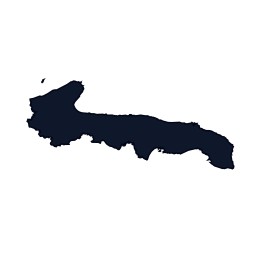 outline of Puglia, Bari, Italy, rotated 339°
{"feature_id": "23120603B69806914684511", "entity_name": "Puglia", "entity_type": "district", "adm_level": 2, "iso_a3": "ITA", "parent_name": "Italy", "parent_adm1": "Bari", "projection": "natural_earth1", "projection_center": [17.16, 41.008], "detail": "fine", "context": "isolated", "style": "filled", "palette": "ink", "viewbox_px": 256, "rotation_deg": 339, "n_neighbors": 0, "source": "geoboundaries", "source_scale": "gbopen_adm2", "svg_char_len": 5828}
<svg xmlns="http://www.w3.org/2000/svg" viewBox="0 0 256 256"><g transform="rotate(339 128 128)"><path d="M37.9,92.3L40.8,95.0L41.2,96.5L41.8,96.3L42.0,97.1L44.7,98.0L44.8,98.6L44.2,98.8L44.0,99.5L44.6,100.5L43.6,100.7L42.5,101.7L43.2,104.3L46.2,105.2L46.0,106.2L46.6,106.8L46.5,107.2L47.1,107.6L49.7,107.2L49.7,107.7L50.5,107.9L50.7,108.6L52.2,108.2L53.6,109.6L53.8,110.2L52.0,110.5L52.0,111.2L52.9,112.9L50.9,113.9L50.1,114.8L50.1,115.7L50.7,116.5L51.6,116.7L52.5,118.1L52.9,118.2L52.9,118.8L54.4,119.7L55.5,118.9L57.4,119.5L58.2,120.2L59.7,118.7L60.5,119.5L61.2,119.4L62.2,120.6L63.8,120.6L64.2,121.0L67.1,122.0L67.0,121.0L69.0,119.4L71.0,119.2L72.4,119.8L73.4,119.7L73.6,120.1L74.7,120.1L77.4,119.2L78.7,120.3L80.2,119.8L80.5,119.0L80.2,118.5L81.8,118.0L81.9,117.3L82.5,117.7L82.9,117.0L83.6,117.2L83.9,116.6L84.3,116.6L85.1,117.7L85.5,117.5L86.5,118.5L88.1,118.5L88.5,119.2L88.2,119.6L89.3,119.6L89.6,119.9L89.4,120.4L90.5,122.1L90.9,121.8L91.8,122.2L92.6,123.3L92.6,123.8L91.9,124.1L92.1,125.7L91.9,126.2L90.9,127.4L89.1,127.4L89.3,128.3L95.2,130.7L96.7,132.2L97.3,131.6L97.5,130.8L98.8,130.2L100.8,130.9L101.4,131.5L102.3,135.0L103.6,137.0L104.7,138.4L106.6,139.5L108.3,141.7L109.9,142.5L111.2,144.6L112.2,144.8L113.3,144.1L115.0,142.5L116.1,140.9L116.7,141.8L117.2,141.9L117.0,142.7L118.0,143.3L118.3,143.2L117.8,142.8L118.1,142.3L117.6,142.0L117.9,141.5L118.8,141.2L119.3,142.3L119.5,142.5L119.7,142.1L119.7,142.5L120.0,142.2L119.5,141.1L120.1,140.8L120.9,141.5L122.8,141.4L123.2,141.6L123.1,142.1L123.9,142.1L123.9,142.5L124.3,142.5L124.4,141.7L124.9,142.4L127.6,144.0L126.7,144.5L126.5,144.2L126.1,144.7L126.9,145.6L127.7,145.6L126.8,149.2L126.9,150.3L127.7,151.2L126.9,151.8L127.2,152.3L126.5,154.2L127.5,155.5L127.1,156.2L128.2,157.2L127.3,159.0L128.5,160.0L129.0,159.6L129.1,160.1L130.4,160.4L130.5,160.0L131.5,160.5L131.9,162.0L133.2,163.5L133.7,163.5L134.0,164.1L134.3,163.8L134.8,164.3L137.6,160.9L141.4,158.1L145.1,156.6L147.4,156.5L149.2,157.1L149.0,158.1L150.0,157.3L149.6,158.0L150.1,157.7L150.7,158.4L150.9,158.2L150.8,159.1L151.4,159.1L151.6,159.5L151.5,159.2L151.8,159.4L151.8,159.1L152.7,159.4L152.7,159.1L153.2,159.0L153.1,159.3L154.3,160.2L154.5,161.1L154.3,161.2L154.7,161.5L154.3,161.4L154.2,162.0L153.5,162.6L152.3,162.8L152.1,163.6L153.1,163.6L155.8,165.1L156.0,165.5L156.9,165.5L157.6,166.3L159.9,166.9L161.9,168.5L164.3,168.7L165.1,169.5L167.0,170.0L167.7,170.9L176.5,170.3L183.5,171.3L184.7,171.9L185.1,171.5L185.8,171.7L186.2,172.4L187.0,172.6L187.3,173.5L187.6,173.2L188.2,173.6L188.2,174.4L187.6,173.8L189.2,175.6L188.7,177.0L189.1,178.1L190.9,179.7L191.1,180.4L191.7,180.4L191.9,181.0L192.3,180.9L193.5,182.9L193.6,184.4L193.1,185.6L191.5,186.4L192.9,186.6L193.9,187.8L194.0,188.9L193.8,189.7L193.3,190.2L192.6,189.9L193.6,191.8L194.3,192.3L194.5,193.2L195.5,194.5L201.8,199.6L202.4,199.6L203.6,200.4L206.9,200.6L209.2,202.2L209.8,202.3L210.8,203.4L211.6,202.9L211.4,203.2L212.0,203.2L213.1,201.5L212.8,200.1L213.6,197.0L213.1,195.8L214.3,190.5L214.8,189.8L215.2,190.0L215.4,188.3L217.4,187.0L217.8,184.7L218.0,184.8L219.7,183.0L219.0,181.8L219.5,181.2L218.8,180.4L218.0,180.4L218.2,179.9L217.2,177.8L216.8,177.5L216.5,176.4L216.8,175.3L215.6,173.3L215.6,172.6L215.0,172.3L215.1,171.7L214.6,170.9L212.7,169.7L211.4,167.7L209.1,165.9L208.6,165.2L208.6,164.7L207.2,163.7L204.9,161.0L203.2,159.8L199.4,158.2L198.8,157.3L197.0,156.0L196.9,155.3L195.1,154.0L194.7,153.1L195.2,151.5L193.7,149.7L193.6,148.9L194.0,148.6L192.8,148.2L191.9,148.1L192.3,148.3L192.0,148.5L191.5,148.0L191.4,148.4L190.5,148.4L190.5,148.9L190.3,149.2L190.0,148.6L189.1,148.7L190.3,148.4L190.9,147.3L191.2,147.3L191.2,147.8L191.4,147.3L192.7,147.2L190.5,147.2L189.6,145.8L189.1,146.2L184.6,145.4L182.5,144.3L182.6,143.8L179.8,142.7L178.1,141.2L170.3,138.6L167.2,137.2L162.7,133.9L161.5,132.5L159.6,131.7L158.8,130.2L156.9,128.4L157.3,128.3L156.7,128.3L155.5,127.2L155.2,127.3L153.7,126.0L152.2,125.5L150.9,123.9L148.6,123.0L146.9,122.1L146.8,121.6L146.8,122.0L144.4,120.6L139.6,119.5L138.0,118.4L135.5,117.7L135.1,117.5L135.5,117.5L135.1,117.2L135.1,116.6L134.9,116.4L133.9,116.1L135.1,116.6L134.6,116.8L134.9,117.0L134.2,117.3L133.7,116.9L134.1,116.5L133.1,116.8L131.9,116.6L130.3,115.3L126.1,114.2L124.9,113.3L122.6,113.2L120.8,112.0L121.1,112.4L120.3,112.2L120.7,111.8L120.2,112.0L117.7,110.3L113.5,108.8L112.2,107.4L112.0,107.7L112.2,107.3L111.1,107.3L108.9,106.0L106.2,105.2L105.6,104.8L105.7,104.5L105.7,104.2L105.6,104.9L105.2,104.8L105.4,104.2L104.9,104.8L104.0,104.5L101.1,102.5L98.8,101.7L97.5,100.5L97.5,100.8L97.1,100.7L90.5,97.5L88.4,95.9L86.8,93.9L85.6,91.0L85.3,88.0L85.7,85.9L86.7,85.7L86.2,85.6L86.7,85.2L86.9,85.8L86.8,85.1L87.8,84.3L94.0,81.1L94.4,80.0L96.7,78.7L96.9,78.2L98.1,78.0L98.3,77.4L99.1,77.1L99.3,76.4L100.2,76.0L100.6,75.4L100.3,75.0L100.7,74.7L100.6,72.8L100.9,72.6L100.3,72.5L100.5,71.9L100.1,71.7L99.7,70.4L99.8,69.2L100.2,68.9L99.5,68.7L99.9,68.4L99.1,68.5L98.6,67.3L96.9,66.9L95.0,65.2L93.9,64.7L92.1,64.9L91.4,64.6L86.8,65.7L75.9,66.9L74.2,66.9L73.8,66.4L71.4,66.0L65.3,67.3L60.7,67.8L58.3,67.6L57.2,66.7L50.2,66.6L46.9,66.0L46.5,67.8L47.0,69.2L46.2,69.7L45.9,70.8L45.1,71.3L44.9,72.1L45.6,73.1L45.8,74.2L45.6,74.9L44.9,75.4L44.7,76.4L45.7,77.5L45.0,77.5L44.9,77.9L45.9,79.4L47.9,80.1L45.7,81.1L45.1,81.6L44.9,82.5L44.3,81.8L44.1,82.3L44.3,82.5L43.3,82.9L43.2,83.4L42.2,83.4L41.9,84.2L42.0,84.7L41.3,84.6L41.0,85.7L40.1,85.7L39.8,85.2L39.2,85.2L39.1,84.7L37.6,84.1L36.3,85.8L37.3,86.5L36.9,87.0L37.1,87.6L36.8,88.5L37.1,88.8L36.4,90.3L36.4,91.7L37.9,92.3ZM123.0,141.1L123.5,141.3L123.5,141.5L122.9,141.4L123.0,141.1ZM65.0,53.5L64.1,54.2L64.2,54.7L64.9,54.5L65.2,53.7L65.0,53.5ZM150.2,161.1L149.9,160.4L148.9,160.9L149.5,161.3L150.2,161.1ZM66.6,52.6L65.9,52.6L65.8,53.1L66.6,52.6ZM65.6,53.8L66.3,53.2L65.4,53.8L65.6,53.8Z" fill="#0f172a" stroke="#020617" stroke-width="1.5"/></g></svg>